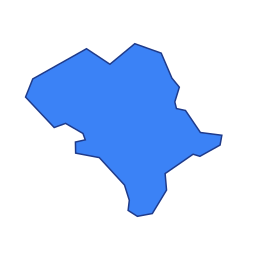 Aweil South, Northern Bahr el Ghazal, South Sudan (Natural Earth projection), rotated 250°
{"feature_id": "79223893B68307976822083", "entity_name": "Aweil South", "entity_type": "district", "adm_level": 2, "iso_a3": "SSD", "parent_name": "South Sudan", "parent_adm1": "Northern Bahr el Ghazal", "projection": "natural_earth1", "projection_center": [27.717, 8.666], "detail": "fine", "context": "isolated", "style": "filled", "palette": "blue", "viewbox_px": 256, "rotation_deg": 250, "n_neighbors": 0, "source": "geoboundaries", "source_scale": "gbopen_adm2", "svg_char_len": 521}
<svg xmlns="http://www.w3.org/2000/svg" viewBox="0 0 256 256"><g transform="rotate(250 128 128)"><path d="M187.0,184.8L204.9,163.2L194.1,132.8L216.7,116.1L206.7,55.3L192.1,42.3L153.7,58.8L153.7,70.9L138.3,83.8L131.5,83.8L132.8,73.8L122.3,70.2L110.0,90.9L75.6,105.2L59.6,104.5L50.5,99.9L41.8,106.6L39.3,121.6L56.5,143.0L72.5,147.3L81.1,180.2L76.8,185.9L80.5,208.7L89.1,213.7L99.0,194.5L124.8,188.0L129.7,180.2L136.5,180.9L148.8,190.2L159.9,186.3L187.0,184.8Z" fill="#3b82f6" stroke="#1e3a8a" stroke-width="1.5"/></g></svg>